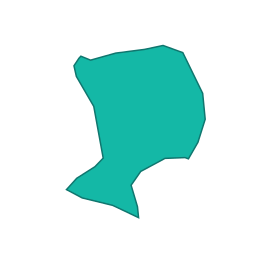 the border of Poole, rotated 64°
{"feature_id": "GBR-2052", "entity_name": "Poole", "entity_type": "Unitary Authority", "adm_level": 1, "iso_a3": "GBR", "parent_name": "United Kingdom", "parent_adm1": "", "projection": "albers", "projection_center": [-1.96, 50.73], "detail": "fine", "context": "isolated", "style": "filled", "palette": "teal", "viewbox_px": 256, "rotation_deg": 64, "n_neighbors": 0, "source": "natural_earth", "source_scale": "10m", "svg_char_len": 487}
<svg xmlns="http://www.w3.org/2000/svg" viewBox="0 0 256 256"><g transform="rotate(64 128 128)"><path d="M213.2,157.8L190.8,175.7L170.8,199.8L156.4,210.3L150.7,196.1L148.3,174.7L144.2,163.5L93.6,149.3L59.0,151.8L48.4,149.3L43.8,141.5L42.8,138.9L50.6,131.9L55.3,106.2L64.6,78.7L69.2,60.3L84.3,45.7L101.8,45.7L129.6,45.7L154.0,54.8L171.5,71.4L182.2,87.2L179.6,89.7L171.5,108.1L172.6,135.6L180.8,150.3L202.9,154.0L213.2,157.8Z" fill="#14b8a6" stroke="#0f766e" stroke-width="1.5"/></g></svg>